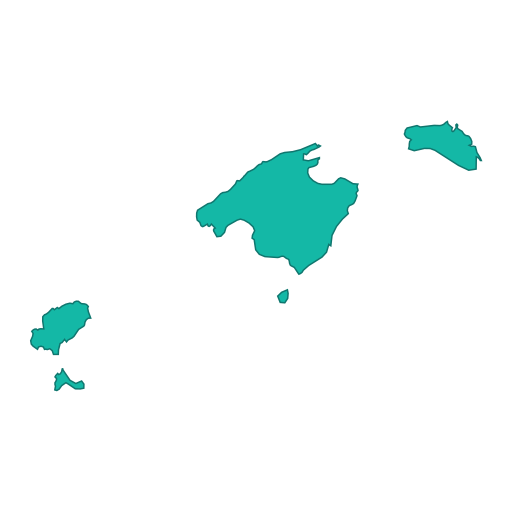 Baleares, orthographic projection
{"feature_id": "ESP-5808", "entity_name": "Baleares", "entity_type": "Autonomous Community", "adm_level": 1, "iso_a3": "ESP", "parent_name": "Spain", "parent_adm1": "", "projection": "orthographic", "projection_center": [2.709, 39.359], "detail": "fine", "context": "isolated", "style": "filled", "palette": "teal", "viewbox_px": 512, "rotation_deg": 0, "n_neighbors": 0, "source": "natural_earth", "source_scale": "10m", "svg_char_len": 4006}
<svg xmlns="http://www.w3.org/2000/svg" viewBox="0 0 512 512"><path d="M340.7,177.8L344.8,178.9L352.9,183.7L357.9,184.1L357.1,186.0L357.2,187.6L357.7,189.0L358.0,190.5L357.4,191.4L356.5,192.2L356.1,193.4L357.0,195.7L355.1,200.9L353.6,203.5L351.7,204.6L349.3,205.6L347.7,207.8L347.3,210.7L348.3,213.6L342.5,219.0L336.5,226.4L332.0,235.4L330.8,245.8L329.4,244.9L328.8,244.4L326.5,252.2L322.0,257.1L308.8,265.4L303.3,270.2L302.2,272.1L301.6,272.7L300.3,273.6L298.9,274.2L298.3,273.4L294.4,267.5L293.4,266.9L291.2,265.8L290.3,265.1L289.6,263.4L289.3,261.3L288.8,259.6L287.8,258.9L286.4,258.4L284.1,256.6L282.9,256.2L281.2,256.4L278.9,257.3L277.5,257.5L264.9,256.6L259.3,254.3L255.7,249.8L254.2,239.6L252.1,238.2L252.5,235.2L254.7,230.7L253.1,226.8L249.0,223.0L244.2,220.2L240.4,219.1L237.2,220.1L228.0,225.3L226.0,227.4L224.5,232.4L220.9,236.2L216.9,236.7L214.2,231.9L213.9,231.5L213.5,230.0L214.0,228.8L215.2,228.1L211.4,224.1L210.2,225.7L209.1,226.4L208.1,225.9L207.4,224.1L203.4,226.4L202.4,226.6L201.0,225.6L199.8,222.3L197.2,220.1L196.6,216.8L196.7,213.0L197.6,210.2L207.9,203.7L210.9,203.0L213.5,201.4L220.6,193.8L222.7,192.6L225.6,192.2L228.1,191.4L230.5,189.4L235.0,184.5L235.6,183.7L236.6,181.3L237.0,180.7L237.6,180.6L239.3,180.9L239.9,180.7L243.4,177.2L243.8,176.3L244.5,175.9L247.4,172.5L248.3,171.7L249.4,171.4L253.6,169.3L255.6,167.6L257.3,165.9L259.0,164.6L261.1,164.0L261.6,163.7L262.5,162.0L263.0,161.6L266.0,161.9L267.4,161.6L271.6,159.6L280.2,153.8L284.6,152.5L292.6,151.7L300.6,149.7L315.4,143.5L317.4,146.0L318.1,145.2L318.5,145.0L320.4,146.0L318.9,147.1L313.8,149.5L312.0,150.0L309.9,151.1L308.0,153.2L306.3,154.7L304.7,153.9L303.6,153.9L303.3,159.9L308.4,160.8L319.4,157.6L319.4,158.8L318.0,159.8L317.8,161.1L317.9,162.4L317.4,163.9L316.6,164.8L315.8,165.4L313.5,166.4L308.9,167.6L307.9,169.1L307.7,173.0L309.4,177.1L313.2,180.8L317.8,183.4L322.0,184.3L331.8,184.3L334.3,183.3L338.6,178.8L340.7,177.8ZM476.2,149.7L476.9,152.5L480.0,157.5L481.3,160.5L480.3,160.5L479.7,159.4L478.8,158.3L477.6,157.4L476.3,156.8L476.1,169.1L468.7,170.2L458.5,165.4L435.0,150.3L430.2,148.5L424.4,148.4L414.2,150.7L408.6,148.8L409.2,146.5L409.3,143.8L409.7,141.4L411.3,139.8L410.1,138.8L407.2,137.8L405.9,136.7L404.5,134.4L404.5,133.5L405.0,132.5L405.3,130.3L407.1,128.0L417.0,125.6L420.4,127.0L434.2,125.4L439.9,125.6L441.5,125.3L443.6,124.4L445.9,122.4L447.4,121.5L447.9,123.7L449.2,125.1L452.4,127.7L452.1,128.2L451.8,129.6L451.9,131.0L452.9,131.6L453.8,131.0L454.8,129.7L456.2,127.6L455.9,124.9L456.8,124.1L457.7,125.1L457.2,127.6L458.1,128.9L462.1,131.4L463.0,132.8L463.6,133.7L465.1,135.1L465.9,135.5L468.0,135.9L469.0,136.4L470.6,138.5L471.8,141.5L471.7,144.2L469.2,145.3L471.4,146.4L473.7,146.2L475.4,146.7L476.2,149.7ZM88.3,306.5L87.6,308.1L88.4,311.9L90.7,318.1L88.3,318.2L86.3,319.7L85.0,322.1L84.5,325.0L83.8,326.1L78.6,329.4L74.0,336.3L72.2,337.9L68.1,340.0L66.5,341.9L66.0,341.1L65.0,340.2L64.6,339.4L62.1,342.5L60.1,343.5L58.5,349.8L58.3,354.4L53.5,354.4L52.2,350.6L49.7,348.7L47.5,349.5L46.5,349.4L46.0,349.2L45.9,349.1L44.5,349.4L43.4,347.0L41.0,346.2L38.5,347.0L37.5,349.3L33.0,346.1L31.3,344.1L30.7,340.7L32.6,336.3L33.1,333.5L31.8,331.3L33.0,330.1L34.5,329.2L36.1,329.0L37.8,330.1L38.9,329.1L40.3,328.8L43.8,328.9L42.7,321.0L42.8,316.7L44.5,314.8L46.4,314.0L48.6,312.3L52.2,308.5L53.1,308.5L54.4,309.7L57.3,307.5L58.9,308.6L61.9,306.2L65.9,304.2L69.9,303.2L72.9,303.7L74.3,302.0L76.3,301.2L78.4,301.3L80.8,303.3L81.8,303.7L84.4,303.9L86.0,304.3L87.2,305.2L88.3,306.5ZM75.8,383.5L81.6,381.0L83.9,384.1L83.8,388.2L80.3,388.9L75.3,388.8L68.2,384.0L65.9,382.7L63.0,384.7L61.6,385.7L59.2,389.1L56.8,390.5L54.8,389.9L55.5,386.1L55.0,384.6L55.0,382.7L55.8,381.5L56.5,379.8L56.5,378.3L55.5,377.6L55.0,376.9L55.8,375.5L57.7,373.4L58.7,374.5L60.2,373.9L61.6,371.8L62.2,368.9L62.7,368.8L62.9,369.1L62.9,369.5L63.0,370.0L70.0,380.3L75.8,383.5ZM288.1,293.4L287.7,298.4L284.8,302.8L280.2,302.4L277.7,296.1L281.6,292.3L287.4,289.8L288.1,293.4Z" fill="#14b8a6" stroke="#0f766e" stroke-width="1.5"/></svg>